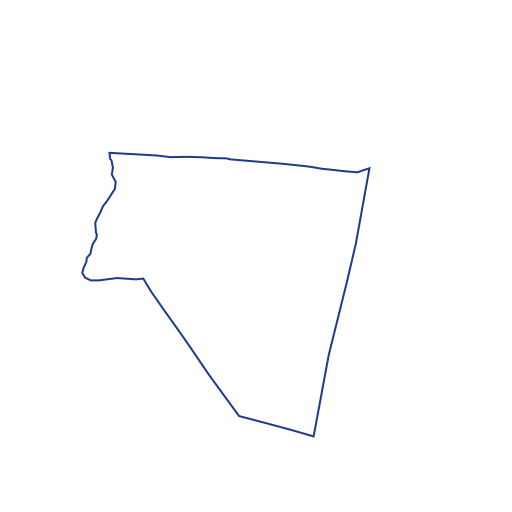 outline of Magta lahjar, Brakna, Mauritania, rotated 139°
{"feature_id": "47542326B18376526841546", "entity_name": "Magta lahjar", "entity_type": "district", "adm_level": 2, "iso_a3": "MRT", "parent_name": "Mauritania", "parent_adm1": "Brakna", "projection": "mercator", "projection_center": [-12.791, 17.745], "detail": "fine", "context": "isolated", "style": "outline", "palette": "blue", "viewbox_px": 512, "rotation_deg": 139, "n_neighbors": 0, "source": "geoboundaries", "source_scale": "gbopen_adm2", "svg_char_len": 849}
<svg xmlns="http://www.w3.org/2000/svg" viewBox="0 0 512 512"><g transform="rotate(139 256 256)"><path d="M298.9,430.0L302.3,425.1L302.4,422.9L306.0,416.6L311.4,412.0L313.3,403.9L318.4,399.3L326.8,396.8L329.2,396.1L333.3,395.0L338.7,394.0L344.8,391.1L351.2,388.6L355.6,386.5L361.5,378.5L362.0,376.6L365.4,373.8L371.0,372.3L375.6,369.4L379.6,366.3L385.0,365.6L387.4,363.2L391.2,361.3L393.8,360.3L398.2,357.2L399.2,351.9L396.7,346.0L390.6,340.7L375.3,330.5L362.0,317.2L355.9,312.9L358.5,297.9L360.5,279.2L364.7,237.0L369.4,197.6L373.8,146.3L359.2,124.9L342.6,100.2L330.9,82.0L266.0,133.6L205.1,176.3L172.8,199.6L112.8,247.8L124.8,252.8L134.4,262.8L140.4,269.4L148.5,278.0L157.6,289.0L174.4,307.1L211.7,345.5L214.5,349.3L223.6,357.6L231.7,365.7L243.2,376.3L255.7,386.7L264.9,396.9L298.9,430.0Z" fill="none" stroke="#1e3a8a" stroke-width="2"/></g></svg>